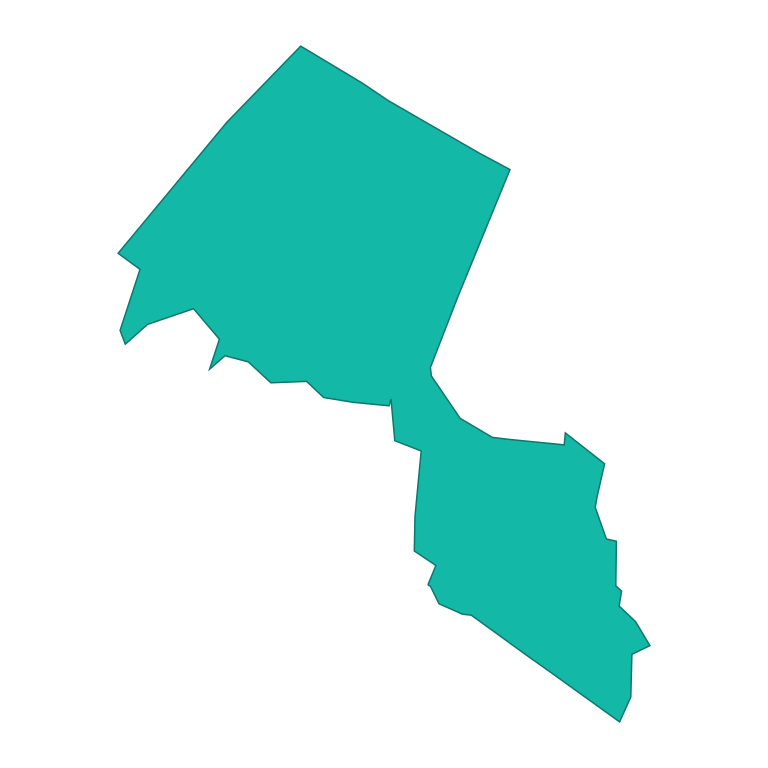 outline of Passaic, New Jersey, United States of America
{"feature_id": "52423323B2670997782408", "entity_name": "Passaic", "entity_type": "district", "adm_level": 2, "iso_a3": "USA", "parent_name": "United States of America", "parent_adm1": "New Jersey", "projection": "equal_earth", "projection_center": [-74.273, 41.012], "detail": "fine", "context": "isolated", "style": "filled", "palette": "teal", "viewbox_px": 768, "rotation_deg": 0, "n_neighbors": 0, "source": "geoboundaries", "source_scale": "gbopen_adm2", "svg_char_len": 838}
<svg xmlns="http://www.w3.org/2000/svg" viewBox="0 0 768 768"><path d="M428.5,585.3L430.4,586.2L439.0,603.8L462.5,614.2L471.3,615.2L518.5,649.4L528.3,656.5L548.8,671.0L619.6,721.9L630.8,697.0L631.9,654.3L649.9,645.6L635.6,621.7L619.1,606.0L621.6,591.1L615.8,585.9L616.4,541.2L606.4,539.0L595.2,507.3L597.3,495.8L604.6,463.8L565.3,432.9L564.2,444.9L509.3,439.4L492.4,437.4L460.2,418.4L431.4,376.0L430.4,367.5L457.6,297.4L510.0,169.6L479.2,153.1L417.8,117.7L388.4,100.7L362.9,83.5L300.7,46.1L226.9,122.2L118.1,253.3L140.0,269.4L120.1,330.4L125.3,344.2L147.5,324.4L193.5,308.7L219.4,339.2L209.6,369.2L225.0,355.7L248.3,361.9L270.9,382.8L306.6,381.4L323.6,397.5L352.8,402.3L389.1,405.8L391.0,399.0L394.8,440.7L421.2,451.0L415.0,516.2L414.3,551.0L435.9,565.5L428.1,584.3L428.5,585.3Z" fill="#14b8a6" stroke="#0f766e" stroke-width="1.5"/></svg>